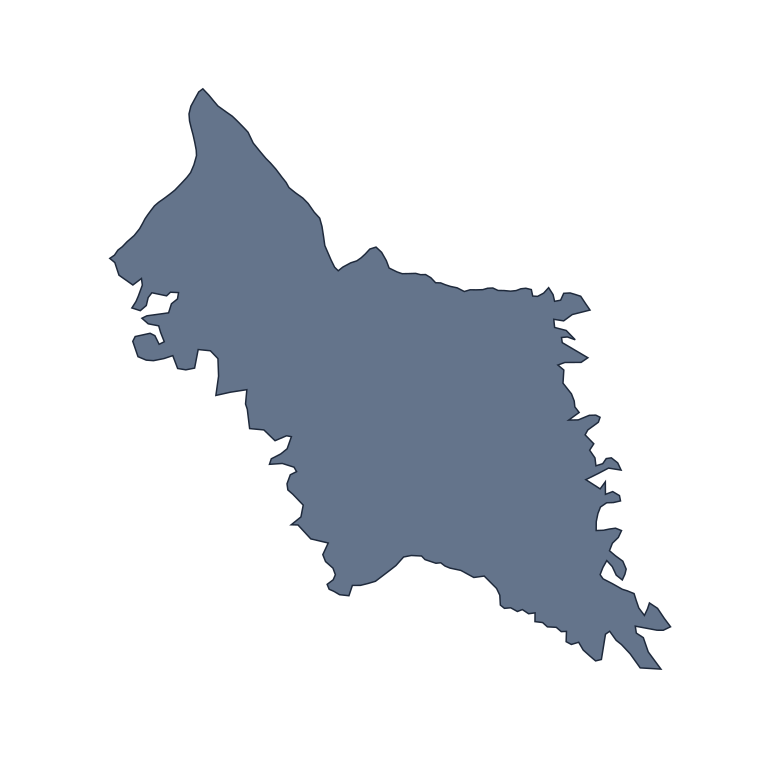 Sananduva, Rio Grande do Sul, Brazil, rotated 174°
{"feature_id": "56859067B37086041685825", "entity_name": "Sananduva", "entity_type": "district", "adm_level": 2, "iso_a3": "BRA", "parent_name": "Brazil", "parent_adm1": "Rio Grande do Sul", "projection": "orthographic", "projection_center": [-51.812, -27.963], "detail": "fine", "context": "isolated", "style": "filled", "palette": "slate", "viewbox_px": 768, "rotation_deg": 174, "n_neighbors": 0, "source": "geoboundaries", "source_scale": "gbopen_adm2", "svg_char_len": 4003}
<svg xmlns="http://www.w3.org/2000/svg" viewBox="0 0 768 768"><g transform="rotate(174 384 384)"><path d="M441.0,177.1L436.5,187.0L428.5,186.2L420.6,187.3L413.1,188.7L397.0,198.5L391.1,202.2L382.6,209.9L374.8,210.6L364.6,209.0L361.6,205.1L351.1,200.3L346.3,200.3L342.4,196.6L337.6,194.0L327.1,190.6L314.9,182.2L304.4,182.5L293.4,168.9L290.9,161.8L291.4,152.0L287.7,148.3L281.4,148.2L275.1,143.8L270.0,145.2L264.2,140.4L257.7,140.6L258.7,131.9L251.2,130.2L246.9,125.4L238.1,124.0L233.6,119.2L228.4,118.9L229.8,108.7L224.9,105.4L217.4,106.8L213.7,98.6L207.3,91.5L202.5,86.5L196.6,87.3L189.9,112.0L185.4,114.5L179.9,104.8L175.1,100.1L167.4,89.9L158.9,74.9L138.4,71.5L149.2,89.9L152.6,104.6L159.1,109.9L159.4,116.9L138.2,110.6L132.0,109.9L124.4,112.6L129.7,121.5L135.4,132.3L142.9,138.5L145.4,132.9L149.2,126.6L154.0,134.6L155.8,142.4L157.2,149.4L163.7,152.9L168.4,154.9L174.0,158.9L177.8,161.6L182.2,164.5L186.5,167.3L189.0,171.8L185.5,178.6L180.9,185.1L176.1,178.6L173.0,169.6L167.5,164.2L164.3,169.6L162.5,174.6L165.0,182.8L171.8,189.0L177.2,194.6L173.5,201.8L167.0,206.9L163.1,213.4L168.8,216.4L175.0,216.2L181.0,215.6L188.3,216.1L187.3,224.9L184.8,232.8L181.6,239.0L175.0,242.6L168.3,242.1L161.0,243.0L161.5,248.4L167.8,253.1L175.3,251.1L174.1,263.6L180.0,257.1L193.3,267.8L180.0,272.7L169.5,276.9L157.2,273.6L159.8,281.1L165.6,286.8L170.8,286.6L174.8,281.9L181.8,280.5L181.9,288.4L186.4,296.7L181.6,302.6L189.3,312.4L186.1,317.0L174.8,323.6L172.6,328.3L176.6,330.9L183.1,331.4L194.6,328.0L204.1,328.8L192.9,335.3L196.6,341.3L196.6,347.2L198.6,354.6L205.9,366.1L203.7,379.1L209.1,384.7L201.9,386.5L185.7,384.9L178.5,388.8L202.4,406.5L202.6,411.7L196.7,411.6L189.2,408.0L197.2,418.2L208.4,422.4L208.4,430.6L198.7,428.0L189.5,433.4L171.4,436.0L175.2,443.0L179.2,450.7L184.8,453.2L189.4,455.1L195.8,455.4L199.6,448.9L205.7,448.4L206.5,455.2L210.2,462.6L215.7,457.7L222.1,455.1L226.9,455.9L227.6,462.5L232.9,464.4L237.9,464.4L242.8,463.1L248.5,463.1L254.9,464.4L260.8,465.1L265.7,468.1L271.0,468.4L275.9,467.5L282.6,468.0L288.5,468.7L294.5,467.6L301.2,472.0L307.7,474.1L312.7,476.3L317.0,478.6L322.1,479.3L326.2,484.7L331.2,488.5L336.2,488.9L340.9,490.7L347.6,491.2L354.4,491.8L359.3,494.1L366.8,498.8L368.8,506.5L372.6,515.2L377.6,521.0L384.0,519.7L389.1,515.2L393.7,511.8L398.2,509.3L404.4,508.0L412.7,504.6L417.7,501.4L420.9,505.3L423.7,512.9L428.4,527.9L428.7,537.0L429.2,547.2L430.6,555.6L435.4,562.1L440.6,571.5L445.3,577.4L452.3,583.6L458.0,589.3L460.3,594.7L463.8,600.2L469.1,609.0L473.7,615.5L477.9,620.7L482.7,627.8L488.9,637.3L492.9,648.6L496.1,652.9L502.6,661.1L506.9,666.2L512.8,671.3L520.1,677.8L523.5,682.8L527.8,689.3L533.3,696.5L537.7,693.9L540.5,689.9L547.0,680.5L549.7,673.0L549.9,665.9L549.0,659.1L547.8,651.5L546.9,643.6L546.3,636.2L546.6,630.7L550.1,621.9L554.2,614.5L558.5,610.0L563.3,605.8L571.7,598.7L577.0,595.3L583.2,591.6L589.1,588.3L593.6,585.2L597.6,581.0L601.1,577.2L604.4,573.3L607.4,568.8L610.8,564.0L616.9,557.8L624.6,552.4L629.9,547.9L634.6,545.0L638.6,540.3L643.6,537.6L639.0,532.9L636.2,519.9L623.4,508.7L614.2,514.3L614.0,507.6L619.2,497.0L622.0,492.0L626.8,486.0L618.7,482.4L612.2,486.9L609.5,494.6L605.3,499.0L591.0,494.4L586.8,497.6L578.8,496.4L580.5,490.2L587.0,486.0L590.8,477.3L612.7,476.6L617.9,474.7L612.2,468.5L602.0,465.4L600.8,458.7L598.1,449.0L603.5,447.0L606.8,456.0L611.3,458.9L626.5,457.2L629.4,452.7L625.8,436.9L618.0,432.6L610.8,431.3L600.1,432.3L591.1,434.3L587.6,421.0L579.6,418.8L570.7,419.6L565.2,437.7L553.2,435.2L546.5,426.6L547.7,409.1L552.4,390.2L537.6,391.9L521.0,392.7L523.8,378.6L522.6,373.2L522.3,353.7L508.3,350.9L498.3,339.0L486.3,342.7L481.6,341.3L487.1,329.7L494.1,325.2L503.9,321.4L506.3,316.1L493.4,315.6L482.2,310.7L480.1,306.0L486.7,303.5L490.9,294.9L490.7,288.7L486.2,283.9L477.0,272.0L480.5,260.5L491.0,253.7L484.3,252.8L473.0,237.6L456.1,231.7L462.7,220.7L460.7,213.5L454.0,206.2L452.3,199.4L455.0,194.6L461.5,190.7L460.0,185.6L455.8,183.2L450.2,179.1L441.0,177.1Z" fill="#64748b" stroke="#1e293b" stroke-width="1.5"/></g></svg>